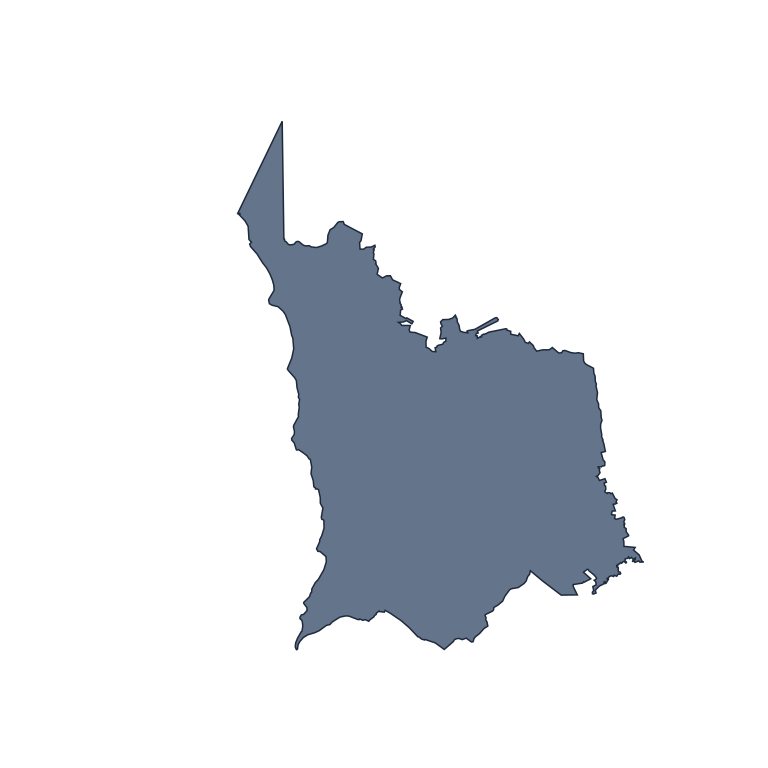 San Onofre, Sucre, Colombia (Albers equal-area conic projection), rotated 334°
{"feature_id": "7082276B86693666640795", "entity_name": "San Onofre", "entity_type": "district", "adm_level": 2, "iso_a3": "COL", "parent_name": "Colombia", "parent_adm1": "Sucre", "projection": "albers", "projection_center": [-75.504, 9.884], "detail": "fine", "context": "isolated", "style": "filled", "palette": "slate", "viewbox_px": 768, "rotation_deg": 334, "n_neighbors": 0, "source": "geoboundaries", "source_scale": "gbopen_adm2", "svg_char_len": 6171}
<svg xmlns="http://www.w3.org/2000/svg" viewBox="0 0 768 768"><g transform="rotate(334 384 384)"><path d="M407.7,103.2L327.1,166.7L327.8,167.6L329.2,166.8L328.5,167.6L329.2,168.1L328.2,168.8L330.6,176.6L331.0,182.7L326.0,194.9L327.0,198.5L324.6,199.3L324.3,202.0L326.9,211.5L328.0,221.8L329.3,228.0L329.7,234.9L329.3,241.2L328.3,246.8L326.3,251.6L317.9,257.1L317.1,258.0L316.2,261.6L317.9,264.1L322.7,268.1L325.2,274.3L325.8,278.6L324.6,291.3L322.3,299.9L322.2,302.7L318.2,312.9L312.4,320.3L303.8,328.0L303.8,329.5L306.5,339.3L306.7,342.5L304.2,349.2L302.8,356.1L301.2,358.3L301.4,360.8L298.5,364.8L297.6,367.7L293.3,374.3L293.0,375.7L284.7,381.6L283.7,383.1L282.8,387.2L281.3,389.9L277.0,392.5L276.5,394.2L277.5,397.5L276.4,404.5L276.8,405.3L278.4,405.5L281.4,410.8L283.4,414.9L283.8,418.4L284.7,419.5L282.6,427.1L279.1,432.5L278.1,439.6L275.9,445.6L276.8,447.5L276.4,448.3L278.2,449.2L278.8,450.4L277.0,457.9L274.5,463.3L274.7,468.7L269.2,476.3L268.8,478.2L270.1,479.8L270.0,480.6L266.9,487.3L261.5,493.1L258.2,495.6L256.8,497.8L251.1,502.5L251.2,505.4L253.2,506.7L256.2,513.7L254.2,518.5L248.6,524.5L239.4,530.8L235.2,532.4L229.4,536.5L227.5,539.6L226.5,539.7L223.8,542.5L216.1,545.1L215.7,546.2L216.7,551.2L215.5,553.9L210.9,555.8L208.5,555.3L206.4,556.6L205.6,558.1L206.4,559.9L206.4,561.8L204.9,565.9L201.9,570.3L201.1,570.3L194.8,574.6L191.0,578.1L189.0,581.4L188.8,584.1L189.0,584.5L190.0,584.4L192.5,580.7L195.2,578.7L200.3,576.5L205.7,576.0L212.8,577.2L217.7,577.3L226.4,575.7L229.9,576.5L233.2,575.2L242.1,574.2L247.5,575.5L250.6,577.1L257.4,584.4L258.6,584.9L259.1,584.5L261.5,587.2L263.8,587.5L266.3,590.6L267.8,589.8L272.8,588.9L274.1,587.9L275.9,587.7L276.6,586.7L280.0,585.9L280.1,586.5L284.3,589.2L285.8,587.9L289.1,592.7L295.7,604.3L299.9,614.2L303.6,626.0L304.4,626.5L306.0,629.8L308.3,631.9L308.9,631.6L316.6,639.2L321.8,649.0L333.4,645.9L335.2,644.7L337.1,644.7L339.8,645.5L342.2,648.0L346.5,648.5L349.5,654.2L351.1,654.7L353.3,652.3L355.3,651.3L360.4,650.2L366.8,647.6L371.2,647.1L372.3,643.0L372.1,640.4L373.3,638.7L373.3,636.5L374.0,635.7L382.0,635.7L383.5,635.0L384.8,633.0L389.7,632.6L395.4,631.2L399.7,627.7L406.8,624.0L408.8,623.9L415.4,625.8L422.5,624.7L425.4,623.4L428.7,620.1L431.4,618.9L433.7,616.0L440.1,630.4L450.7,651.4L465.3,658.3L465.3,649.2L466.1,647.2L475.3,650.0L476.7,649.3L477.2,649.9L484.4,649.7L480.8,640.6L485.2,639.7L486.1,640.0L486.3,641.6L489.2,648.0L490.0,651.7L488.5,652.6L486.9,652.5L487.6,654.6L486.7,657.5L482.9,657.6L481.9,661.6L480.1,662.4L479.4,663.9L480.1,664.6L483.0,664.8L483.3,662.5L484.4,661.6L489.1,660.0L493.9,660.0L495.4,658.2L495.9,658.4L495.4,660.3L496.2,660.4L500.2,657.9L500.2,657.3L499.1,657.3L499.3,656.5L500.6,656.7L502.1,655.8L504.4,656.1L506.0,657.7L507.0,656.8L508.9,658.8L511.1,657.5L512.8,658.4L513.6,658.2L513.8,656.7L512.4,655.3L514.0,651.8L513.0,650.3L513.6,649.1L514.4,649.9L515.4,648.6L516.9,649.0L518.2,648.2L519.1,649.3L521.1,648.4L522.2,649.1L522.8,650.8L523.5,650.9L523.8,650.3L523.1,648.4L524.1,646.9L526.6,647.5L528.0,646.6L528.1,648.5L530.4,648.4L531.0,650.9L533.6,650.6L532.8,651.8L529.9,652.0L529.7,652.4L531.3,653.1L531.4,654.4L535.4,654.6L535.8,656.2L539.4,657.9L538.2,656.4L538.4,649.4L535.5,642.6L538.1,641.0L528.5,635.1L530.6,630.5L531.1,627.8L537.1,627.7L537.6,627.2L536.9,622.9L538.2,620.2L537.1,618.0L538.1,616.3L538.0,615.5L539.1,615.3L539.0,613.1L540.9,611.5L541.3,609.3L540.5,608.2L538.8,608.4L533.4,607.4L532.3,606.0L534.3,603.2L531.4,601.2L531.4,600.6L533.4,598.3L536.3,599.5L537.2,592.6L539.5,593.3L541.1,593.2L540.7,591.9L542.7,590.2L541.5,588.2L541.4,582.1L539.7,582.0L539.4,580.8L537.6,579.8L536.6,580.2L535.4,578.1L535.4,577.3L537.2,575.9L538.4,572.9L537.8,571.9L538.4,569.6L540.8,569.8L541.1,566.0L535.3,565.1L535.4,561.7L534.4,560.2L536.0,560.2L539.3,558.4L539.6,556.2L540.8,554.6L539.8,553.1L540.3,552.3L543.0,553.8L543.9,553.4L546.4,554.1L547.0,553.5L548.4,550.7L547.7,548.3L549.1,540.8L553.4,541.7L555.4,534.1L555.8,530.5L556.3,530.4L556.5,526.5L557.4,525.3L559.4,518.4L561.3,514.8L564.0,512.3L564.5,509.4L567.1,503.2L566.6,499.3L568.1,496.1L568.4,491.3L572.1,485.4L573.7,478.6L574.9,477.1L575.0,474.5L577.2,469.4L577.3,466.4L579.2,461.7L574.5,455.3L573.6,453.1L573.5,450.9L576.4,444.2L572.4,441.1L569.1,440.0L565.4,437.4L561.4,433.2L559.4,432.5L557.3,433.8L554.6,432.7L551.3,425.0L547.4,425.7L541.8,422.9L535.6,421.4L534.8,417.3L535.0,414.8L533.2,409.9L531.4,410.8L529.2,408.3L529.2,404.7L527.8,397.9L525.8,399.5L519.7,394.8L521.0,392.2L518.1,389.5L518.5,388.5L517.7,387.7L501.1,383.4L496.2,383.4L495.7,382.9L494.0,382.9L492.9,383.0L492.4,384.3L491.4,384.3L491.2,383.7L487.9,383.8L488.9,381.5L487.6,380.7L489.1,379.0L491.0,379.4L491.1,377.3L513.8,377.2L515.0,376.2L514.4,373.7L512.9,373.3L489.7,374.7L483.1,372.9L481.7,372.9L481.7,374.7L478.2,372.4L475.9,370.2L476.0,368.0L477.2,364.1L477.1,360.4L478.4,356.9L477.7,355.8L478.3,355.2L478.3,353.4L474.6,354.8L470.3,354.3L465.1,351.9L462.1,352.9L461.6,354.5L461.8,357.6L459.4,358.5L457.9,362.8L454.0,367.7L455.7,368.8L459.7,369.9L458.3,372.7L455.8,372.7L454.3,374.0L449.8,373.0L448.4,373.1L447.6,374.0L445.8,373.8L444.8,377.7L441.6,375.9L440.0,371.8L438.0,369.4L440.3,364.2L443.4,360.8L434.7,351.5L430.1,348.7L430.4,346.3L433.3,343.0L425.6,339.1L425.3,337.2L424.1,335.0L428.8,336.8L431.9,336.9L435.4,342.1L437.7,340.5L433.5,334.6L432.7,335.0L432.1,334.3L428.6,329.4L431.3,324.9L433.4,324.8L433.1,322.8L433.9,322.9L433.6,321.0L434.2,320.0L433.7,318.4L434.4,317.6L434.5,316.2L435.7,314.0L440.9,309.2L439.3,305.8L439.9,304.1L443.0,301.1L437.4,294.1L437.2,289.5L433.8,287.9L429.1,288.0L426.1,282.8L426.1,282.1L429.7,277.6L429.2,272.3L429.8,272.0L430.5,269.6L429.1,267.4L432.0,262.7L431.9,261.4L434.0,259.0L433.5,258.2L436.2,256.9L436.6,255.3L432.6,255.3L428.0,253.3L424.7,253.9L421.6,252.2L424.1,246.1L426.1,245.2L430.3,239.6L418.3,223.2L418.5,220.1L414.8,218.5L413.4,218.5L407.5,221.3L403.2,221.7L399.0,225.5L395.2,231.8L393.9,232.6L388.6,232.6L383.3,231.8L378.7,228.9L377.4,226.9L374.0,225.5L372.2,223.6L370.0,218.8L368.6,217.8L366.8,217.8L364.9,218.9L363.7,218.8L360.3,217.7L359.2,216.4L358.4,213.2L357.5,211.9L358.1,210.0L357.6,209.7L407.7,103.2Z" fill="#64748b" stroke="#1e293b" stroke-width="1.5"/></g></svg>